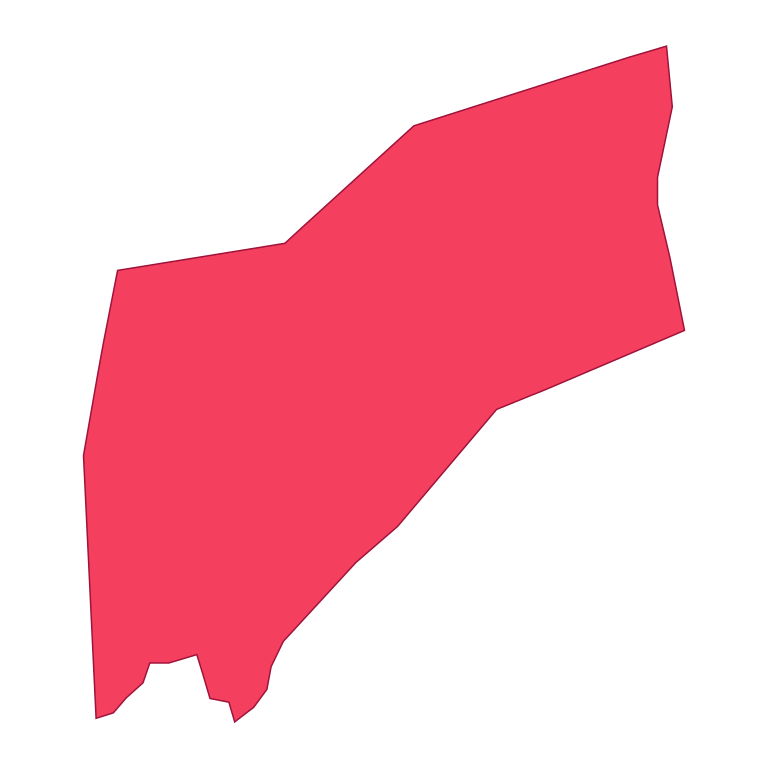 Nossa Senhora de Lourdes, Sergipe, Brazil (Robinson projection)
{"feature_id": "56859067B12193176989723", "entity_name": "Nossa Senhora de Lourdes", "entity_type": "district", "adm_level": 2, "iso_a3": "BRA", "parent_name": "Brazil", "parent_adm1": "Sergipe", "projection": "robinson", "projection_center": [-37.019, -10.08], "detail": "fine", "context": "isolated", "style": "filled", "palette": "rose", "viewbox_px": 768, "rotation_deg": 0, "n_neighbors": 0, "source": "geoboundaries", "source_scale": "gbopen_adm2", "svg_char_len": 546}
<svg xmlns="http://www.w3.org/2000/svg" viewBox="0 0 768 768"><path d="M666.5,46.1L628.5,57.4L413.9,125.8L301.6,227.9L284.9,243.3L117.6,270.4L103.5,342.5L98.3,371.0L83.5,455.5L96.1,718.3L113.4,712.8L126.3,697.8L143.0,682.8L149.8,663.0L168.8,663.0L196.8,654.6L202.6,673.3L210.0,698.5L228.9,702.2L234.7,721.9L253.7,707.3L266.9,689.4L271.1,666.7L283.3,641.4L356.0,562.4L397.5,526.5L496.6,409.4L528.8,396.3L543.6,390.4L684.5,330.4L670.0,257.9L657.5,204.9L657.5,177.4L672.3,106.8L666.5,46.1Z" fill="#f43f5e" stroke="#9f1239" stroke-width="1.5"/></svg>